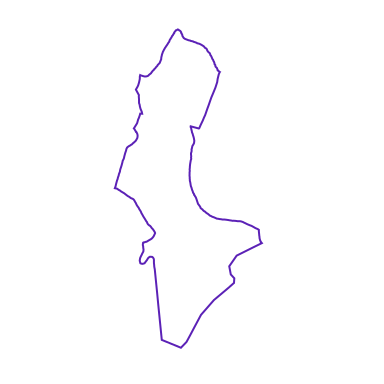 Gossas, Fatick, Senegal (orthographic projection), rotated 105°
{"feature_id": "50182788B90737446104605", "entity_name": "Gossas", "entity_type": "district", "adm_level": 2, "iso_a3": "SEN", "parent_name": "Senegal", "parent_adm1": "Fatick", "projection": "orthographic", "projection_center": [-15.925, 14.558], "detail": "fine", "context": "isolated", "style": "outline", "palette": "violet", "viewbox_px": 384, "rotation_deg": 105, "n_neighbors": 0, "source": "geoboundaries", "source_scale": "gbopen_adm2", "svg_char_len": 5959}
<svg xmlns="http://www.w3.org/2000/svg" viewBox="0 0 384 384"><g transform="rotate(105 192 192)"><path d="M68.9,196.2L68.7,196.9L68.2,197.6L68.1,198.2L67.9,198.7L67.2,198.9L66.6,199.5L65.8,200.0L65.2,201.1L64.8,201.7L64.3,202.0L63.3,202.4L62.7,203.3L61.7,203.7L60.5,204.5L59.9,205.2L58.8,205.9L58.3,206.7L57.6,207.2L56.3,208.2L55.5,208.9L55.1,209.6L54.2,210.1L53.3,210.8L52.7,212.2L52.2,212.9L51.6,213.7L50.2,214.7L49.7,215.4L49.4,216.7L48.9,217.4L48.3,218.2L48.0,219.0L47.7,220.1L47.4,220.8L47.3,221.5L47.1,222.3L46.9,223.6L47.0,225.5L46.7,226.1L46.6,227.2L46.5,228.4L46.5,229.4L46.3,229.7L46.3,231.2L46.4,232.2L46.2,233.1L46.3,234.1L46.3,234.8L45.9,238.5L45.5,239.4L45.5,239.7L45.2,240.1L44.4,240.9L43.9,241.5L43.6,241.7L43.0,242.0L42.3,242.3L42.0,242.8L41.8,243.0L41.5,243.2L41.1,243.7L40.7,243.7L39.9,244.4L39.4,245.2L39.2,246.2L38.7,247.1L38.7,247.9L39.1,248.2L39.8,248.9L40.0,249.4L40.6,249.6L41.2,249.9L41.9,250.2L42.7,250.5L43.1,250.3L43.7,250.5L44.5,250.9L45.0,251.0L45.7,251.1L46.1,251.4L46.2,251.5L47.1,251.7L47.8,251.8L48.5,252.0L49.1,252.3L49.9,252.4L50.4,252.7L50.8,252.8L51.8,252.9L52.5,252.9L53.0,253.0L54.1,253.5L55.0,253.7L56.2,254.1L56.9,254.3L57.6,254.6L58.1,254.8L58.9,255.0L59.9,255.4L60.9,255.6L61.4,255.8L62.4,256.0L63.0,256.1L64.1,256.4L64.9,256.4L66.0,256.5L67.2,256.6L68.0,256.5L69.7,256.5L70.9,256.3L72.1,256.1L72.7,256.3L73.3,256.3L73.9,256.4L74.3,256.5L74.5,256.5L75.2,256.5L75.7,256.6L76.2,256.9L76.8,257.2L77.5,257.6L78.2,258.0L79.0,258.1L79.8,258.5L80.6,259.0L81.4,259.3L82.0,259.5L82.6,259.9L83.0,260.2L84.2,260.6L84.9,261.2L85.3,261.4L86.1,261.6L86.7,262.0L87.9,262.3L88.4,262.7L88.8,263.0L90.2,264.0L90.9,264.3L91.5,264.9L92.2,266.1L92.7,267.7L92.7,269.5L92.6,271.7L92.6,271.9L92.5,272.3L93.9,272.3L96.3,271.7L97.9,271.6L100.2,271.5L103.0,271.6L104.6,271.9L107.6,272.7L112.1,268.4L113.6,268.1L116.1,267.2L119.7,266.2L120.2,265.9L121.2,265.2L123.0,264.4L124.9,263.3L127.5,261.3L129.3,260.4L129.7,262.3L130.2,262.3L131.5,262.3L134.2,262.5L136.0,262.8L139.5,262.8L140.4,263.0L145.0,264.4L145.6,264.6L145.7,264.4L147.8,262.2L148.5,261.6L148.4,261.3L149.4,260.4L150.3,259.7L151.7,259.1L152.8,258.9L154.0,258.8L155.7,259.2L157.1,259.6L158.1,260.2L159.0,260.8L159.7,261.2L160.2,261.7L160.9,262.0L161.7,262.5L162.2,263.1L163.1,263.8L163.9,264.7L165.1,265.7L165.9,266.2L167.0,266.4L167.5,266.5L169.0,266.4L170.3,266.5L171.8,266.6L172.9,266.6L173.9,266.6L175.5,266.6L176.5,266.5L178.0,266.6L179.7,267.0L181.4,266.9L184.7,266.9L186.9,267.0L188.1,267.1L189.5,267.1L191.0,266.9L193.6,267.2L195.2,267.1L197.2,267.3L198.7,267.2L200.3,267.4L202.1,267.4L204.2,267.4L206.2,267.3L208.3,267.5L208.2,265.2L208.5,264.4L208.9,263.5L209.2,262.0L209.8,260.7L210.3,258.9L210.8,257.1L211.5,255.5L212.5,253.1L213.0,251.1L213.6,249.8L213.8,248.8L213.9,247.6L214.3,246.5L215.1,245.5L216.2,244.5L217.1,243.5L218.7,242.2L220.1,240.7L220.9,239.6L222.4,238.3L223.5,237.0L224.6,236.0L225.6,235.3L226.4,234.4L228.2,232.7L229.4,231.4L230.4,230.3L231.4,229.3L232.1,228.6L232.6,227.9L232.8,227.6L233.8,227.0L234.6,226.1L235.3,224.7L235.6,223.6L236.4,222.5L237.3,221.5L237.9,220.4L238.7,219.4L239.5,218.5L240.4,217.6L241.2,217.0L242.0,217.1L242.7,217.2L243.7,217.4L244.8,217.6L246.0,218.1L247.2,218.7L248.0,219.3L248.9,220.2L249.5,220.8L250.4,221.7L251.2,222.4L251.9,223.2L252.3,224.2L253.0,224.9L253.1,225.5L253.6,226.1L254.7,226.0L255.9,225.8L257.2,225.1L258.7,224.6L259.9,224.0L260.9,223.8L262.1,223.6L263.4,223.9L264.6,224.2L265.5,224.3L266.8,224.6L267.9,224.8L269.3,225.0L270.2,224.9L271.6,224.8L272.5,224.4L273.2,224.0L274.2,223.4L274.3,222.8L274.3,222.0L274.2,221.2L273.7,220.3L273.1,219.4L271.3,218.7L269.4,217.9L267.5,217.4L266.3,216.7L265.4,215.8L265.2,214.8L265.0,213.6L265.5,212.6L266.1,212.0L266.7,211.5L267.8,211.1L269.0,210.8L270.7,210.3L272.2,209.7L273.7,209.2L274.8,208.7L276.2,208.0L298.4,199.6L309.4,195.5L320.5,191.3L331.6,187.1L342.7,182.9L342.8,181.9L345.3,162.4L338.3,158.5L330.8,156.7L323.3,155.0L308.3,151.5L302.4,148.6L296.5,145.7L290.6,142.8L285.6,139.3L280.6,135.8L275.6,132.3L269.7,128.4L269.0,127.9L264.4,128.8L261.6,133.2L254.1,136.8L241.9,132.4L235.7,125.4L229.5,118.4L223.3,111.3L222.8,112.0L222.8,112.5L222.0,112.8L221.4,113.5L220.7,113.9L220.0,114.3L219.1,114.8L217.9,115.2L217.0,115.6L216.3,115.9L215.4,116.2L214.4,116.6L213.6,116.9L212.5,117.3L211.3,117.6L210.8,118.9L210.6,120.5L210.4,121.6L210.0,123.0L209.7,124.2L209.3,125.8L209.2,127.2L208.9,129.5L208.7,130.8L208.3,132.6L208.2,133.4L207.8,135.1L207.7,137.0L207.8,138.1L208.2,139.5L208.4,140.5L208.6,142.4L209.0,144.4L209.3,145.3L209.4,146.7L209.6,148.4L209.7,149.8L209.9,151.5L210.2,153.6L210.7,155.4L210.8,157.1L211.0,158.2L211.1,159.8L211.3,161.2L211.1,162.2L210.8,164.0L210.7,165.1L210.7,165.9L210.3,167.3L210.2,168.5L209.6,169.7L209.0,171.0L208.7,172.1L208.3,173.1L208.1,173.5L207.6,174.3L207.3,175.6L206.9,176.3L206.8,176.6L206.2,177.3L205.7,178.6L205.3,179.5L204.4,180.1L203.7,180.8L202.9,181.8L201.8,183.2L200.8,183.8L199.8,184.5L198.7,185.2L197.5,186.0L196.1,187.0L195.4,187.9L194.5,188.6L194.2,189.3L193.2,189.7L192.4,190.8L191.1,191.5L190.3,192.2L189.2,192.9L187.8,193.7L186.8,194.5L185.6,195.1L184.2,195.7L183.1,196.2L181.7,197.0L180.6,197.3L179.3,197.8L178.4,198.0L176.9,198.6L175.2,199.0L173.8,199.4L172.2,199.6L170.6,200.2L169.5,200.3L167.7,200.7L165.8,201.0L162.9,201.3L162.6,201.3L161.9,201.4L160.2,201.3L159.1,201.8L157.7,202.0L156.7,202.4L155.9,202.7L154.8,203.0L153.2,202.9L151.5,203.2L150.9,203.5L149.8,203.4L148.4,203.5L147.3,203.5L145.8,203.0L144.2,202.7L142.8,202.9L141.7,203.1L140.9,203.5L139.8,204.0L138.5,204.7L136.8,205.8L135.7,206.4L134.3,207.5L133.3,207.9L132.5,208.4L131.3,209.0L130.1,209.6L129.8,210.0L129.5,210.1L129.0,210.3L128.9,210.3L128.9,202.0L128.9,201.8L128.8,201.7L128.4,201.5L125.1,201.0L122.4,200.5L120.3,200.1L117.1,199.7L114.3,199.2L112.8,199.1L107.2,198.7L104.1,198.4L99.9,198.1L95.8,197.8L90.7,197.1L85.1,196.4L79.4,196.1L76.2,196.5L71.5,196.6L69.1,196.3L68.9,196.2Z" fill="none" stroke="#5b21b6" stroke-width="2"/></g></svg>